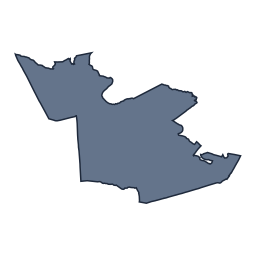 Voineasa, Olt, Romania (Robinson projection)
{"feature_id": "2599482B32059299735801", "entity_name": "Voineasa", "entity_type": "district", "adm_level": 2, "iso_a3": "ROU", "parent_name": "Romania", "parent_adm1": "Olt", "projection": "robinson", "projection_center": [24.151, 44.294], "detail": "fine", "context": "isolated", "style": "filled", "palette": "slate", "viewbox_px": 256, "rotation_deg": 0, "n_neighbors": 0, "source": "geoboundaries", "source_scale": "gbopen_adm2", "svg_char_len": 5685}
<svg xmlns="http://www.w3.org/2000/svg" viewBox="0 0 256 256"><path d="M139.3,201.9L146.4,203.2L151.6,201.5L154.9,200.8L156.3,200.4L157.9,200.0L162.5,198.7L163.8,198.4L164.1,198.1L164.7,198.2L166.7,197.7L168.4,197.1L179.5,194.0L182.0,193.4L185.4,192.3L187.7,191.7L190.6,190.8L196.3,189.1L198.0,188.7L201.1,187.6L209.4,185.0L216.4,182.9L217.7,182.7L219.9,183.1L221.0,182.5L221.9,181.6L222.3,181.1L223.9,180.3L226.2,179.0L226.9,179.3L229.3,176.0L228.9,175.8L231.1,172.8L231.3,172.9L232.8,170.1L233.8,168.5L234.4,167.3L234.7,166.9L235.4,165.4L236.0,164.6L236.5,163.4L236.8,163.1L238.5,160.1L238.8,159.5L240.6,155.8L234.4,154.5L228.3,153.5L227.7,154.0L227.7,154.6L227.7,154.8L228.1,155.8L228.1,156.1L227.7,156.6L226.7,157.8L224.6,158.0L223.6,156.6L223.3,155.8L222.8,154.7L221.6,156.8L215.9,155.2L214.1,154.8L213.3,154.5L211.9,153.8L207.5,152.5L207.3,152.5L207.1,152.7L203.5,153.8L203.1,154.2L202.5,154.5L202.1,154.6L201.5,154.6L201.3,154.7L200.7,154.5L200.8,155.5L201.5,156.7L202.1,157.6L203.0,158.4L204.0,159.0L205.2,159.4L206.6,159.7L208.7,159.6L210.0,160.3L212.5,160.8L212.3,161.4L211.9,162.6L211.7,163.0L210.8,163.7L210.1,164.0L210.0,163.8L209.5,163.6L208.5,163.5L206.2,162.0L204.3,160.9L203.2,160.6L202.0,160.5L200.2,159.7L199.9,159.4L199.7,158.2L199.3,157.4L199.5,157.4L198.7,156.7L198.0,156.2L196.1,155.7L194.5,155.4L194.1,155.5L193.6,155.8L193.3,155.3L193.5,154.8L195.5,152.5L196.1,151.5L197.6,149.6L197.9,149.2L201.0,145.8L200.1,145.1L198.0,142.9L196.6,141.7L194.6,144.4L194.3,144.3L192.9,143.7L191.5,142.5L189.7,141.4L189.0,140.4L188.9,140.2L188.8,139.7L188.5,139.2L188.0,138.9L187.0,138.7L186.6,138.4L186.4,138.3L186.4,137.9L186.2,137.7L185.8,137.3L185.3,136.9L184.1,136.4L182.5,135.9L178.7,135.2L178.4,134.7L178.3,133.7L180.1,133.1L180.7,132.8L181.6,132.1L182.4,131.1L182.7,130.4L182.8,129.2L182.8,128.1L182.6,127.3L182.1,126.4L181.4,125.5L180.9,125.3L179.2,124.8L178.1,124.0L177.6,123.9L172.6,120.5L173.2,120.3L176.8,117.9L185.4,111.5L186.2,110.9L186.7,110.2L187.2,110.0L189.6,108.2L190.1,108.0L192.0,106.3L193.1,105.9L194.3,104.9L195.0,104.0L195.9,103.5L196.9,102.8L197.0,102.5L196.8,102.3L196.7,101.9L196.4,101.5L194.8,100.8L194.5,100.6L194.5,100.3L195.3,100.0L195.8,100.1L196.2,99.8L196.3,98.3L196.4,98.1L196.8,97.9L196.7,97.5L196.2,97.0L195.1,96.7L194.7,96.9L194.5,96.7L194.9,96.6L194.8,96.3L194.2,96.0L193.7,95.9L193.1,95.9L192.3,96.2L192.3,95.9L192.4,95.7L192.5,95.4L192.9,95.1L192.9,94.9L192.8,94.6L192.3,94.5L192.0,93.2L191.7,92.7L190.9,92.5L190.0,92.7L189.0,92.4L187.6,91.6L187.1,91.7L186.2,92.4L185.6,92.2L185.0,91.5L184.6,91.4L183.9,91.7L183.0,91.8L182.5,91.6L181.9,91.1L181.3,90.8L178.6,90.6L178.3,90.5L177.7,89.9L177.1,89.8L176.4,89.9L175.8,89.4L175.6,89.3L173.2,89.4L172.5,89.6L172.1,89.5L171.8,89.4L171.3,89.0L170.7,88.4L169.9,88.3L169.6,88.1L168.9,87.4L168.6,86.2L167.8,85.7L166.9,85.5L166.2,85.5L165.4,85.1L164.2,85.0L162.7,84.3L162.2,84.4L161.8,84.1L134.1,98.4L133.7,98.7L132.5,98.2L131.1,98.2L130.1,98.7L129.1,98.6L128.5,98.9L127.6,98.8L126.7,99.0L125.0,99.7L124.1,100.3L123.8,100.8L123.6,100.9L123.0,101.1L122.3,101.2L121.4,101.7L120.8,101.8L119.9,102.7L119.4,103.0L119.1,103.2L118.3,103.2L117.6,103.4L117.3,103.8L117.1,103.9L116.4,103.9L115.7,103.7L115.5,103.8L114.7,104.5L113.3,104.2L112.4,104.4L111.6,104.2L111.0,103.8L109.9,103.8L109.1,103.5L108.5,103.1L107.6,102.7L106.4,101.7L105.9,101.4L105.4,100.6L104.5,99.9L103.5,98.6L102.8,98.0L102.6,97.7L102.5,97.0L102.0,96.2L101.8,95.8L101.8,95.5L102.0,94.3L102.6,92.6L103.6,91.3L104.5,90.4L106.6,88.7L106.9,88.3L107.6,87.6L108.4,86.5L109.7,85.7L111.6,84.1L111.9,83.8L112.7,81.5L112.7,79.8L112.2,78.9L112.0,78.7L110.7,77.6L110.3,77.5L110.1,77.5L109.6,78.0L109.4,78.1L106.9,77.9L105.9,77.2L104.9,76.8L103.9,76.5L103.4,76.2L100.0,75.8L99.4,75.6L99.3,75.3L99.4,74.9L99.2,74.4L98.6,73.5L98.4,72.8L97.6,71.2L97.2,70.9L96.0,70.3L94.0,69.8L93.5,69.5L92.9,69.1L92.8,68.7L92.6,68.0L92.5,67.0L91.9,66.0L91.5,65.7L90.5,65.5L89.5,64.5L89.0,64.3L89.4,63.0L89.3,60.7L89.5,58.7L89.4,57.4L89.5,56.1L89.6,55.7L90.5,53.8L91.5,52.8L76.5,55.8L75.9,57.1L75.4,57.7L74.9,57.9L74.5,58.5L74.7,59.9L74.3,60.6L74.1,60.9L74.0,61.2L73.9,62.2L73.9,63.2L74.3,63.6L74.5,64.0L73.4,64.4L73.2,64.1L72.5,63.7L71.9,64.1L71.4,63.5L70.1,61.2L70.1,60.8L70.0,60.2L70.3,59.8L70.2,58.5L69.1,59.2L68.4,58.5L65.7,60.1L64.5,60.6L62.7,61.8L57.3,62.0L54.6,61.9L54.9,62.7L55.3,63.2L55.3,63.7L55.0,64.2L55.1,64.7L52.8,67.0L52.9,68.5L53.0,68.6L53.4,68.8L53.2,69.0L51.1,68.9L50.7,69.0L48.8,68.3L48.3,68.1L47.5,68.1L46.7,67.9L46.0,67.9L45.1,67.6L44.4,67.0L44.1,66.9L43.5,66.4L42.8,66.0L42.4,65.9L42.3,65.5L42.1,65.4L41.4,65.3L40.7,65.1L40.4,65.1L38.2,65.0L36.5,63.4L35.4,62.6L34.5,61.4L33.4,60.3L33.0,60.1L31.2,59.7L29.9,58.9L29.1,58.0L28.6,57.8L26.8,57.2L26.4,57.0L25.6,57.0L24.7,56.6L23.8,56.4L21.9,56.4L21.6,56.2L20.7,56.0L20.6,55.9L20.1,55.2L19.7,55.1L17.8,54.7L16.7,54.6L15.7,54.4L15.4,54.2L15.7,55.4L17.8,60.3L19.0,62.4L19.7,63.5L21.6,67.0L22.0,67.4L23.4,70.3L26.8,76.4L34.6,92.1L35.2,93.2L39.1,100.9L40.1,102.5L45.8,113.0L48.9,118.8L53.9,120.2L55.2,120.7L57.1,120.8L60.3,120.2L70.8,117.5L74.5,116.7L75.8,115.9L76.3,115.8L76.9,120.0L77.2,123.6L77.6,135.0L77.9,139.7L78.4,144.6L78.5,147.3L79.0,150.8L80.0,164.0L80.1,167.0L80.7,177.7L80.9,181.3L87.2,180.7L97.6,181.8L99.4,181.6L100.3,181.7L101.5,182.4L102.3,183.1L103.3,183.4L104.6,183.2L105.9,183.6L107.0,183.5L108.2,184.2L109.7,184.3L111.1,184.3L112.3,184.1L113.1,184.5L113.5,185.0L114.8,185.3L115.5,185.4L116.2,185.1L121.7,189.0L123.2,189.3L124.2,189.0L124.6,188.2L127.2,188.1L127.8,187.4L129.5,187.1L130.9,187.5L134.3,187.7L134.9,188.2L136.2,187.7L137.5,190.3L138.8,192.5L138.8,192.9L138.7,193.2L138.9,194.1L139.3,196.3L139.5,200.8L139.3,201.9Z" fill="#64748b" stroke="#1e293b" stroke-width="1.5"/></svg>